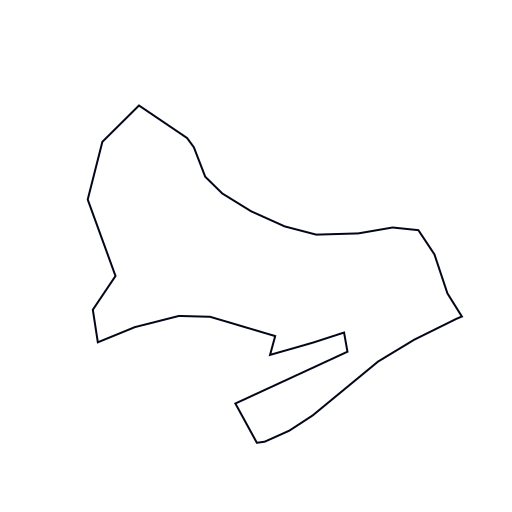 outline of Rucavas, rotated 252°
{"feature_id": "LVA-5718", "entity_name": "Rucavas", "entity_type": "Municipality", "adm_level": 1, "iso_a3": "LVA", "parent_name": "Latvia", "parent_adm1": "", "projection": "orthographic", "projection_center": [21.181, 56.214], "detail": "fine", "context": "isolated", "style": "outline", "palette": "ink", "viewbox_px": 512, "rotation_deg": 252, "n_neighbors": 0, "source": "natural_earth", "source_scale": "10m", "svg_char_len": 604}
<svg xmlns="http://www.w3.org/2000/svg" viewBox="0 0 512 512"><g transform="rotate(252 256 256)"><path d="M435.3,191.2L389.5,226.9L378.6,230.5L347.1,232.2L325.8,243.3L300.0,265.2L275.3,292.4L257.7,319.9L245.9,360.2L240.9,394.7L230.4,418.4L202.4,426.2L161.3,426.5L134.8,433.1L134.8,432.7L134.3,426.9L127.5,380.6L117.9,339.5L86.9,260.7L79.6,233.7L76.7,206.8L78.1,199.1L122.1,190.8L136.7,313.4L156.0,316.1L156.0,284.1L157.6,238.8L173.9,249.5L212.4,193.5L222.8,164.2L225.8,118.9L222.8,78.9L255.3,84.2L280.4,116.2L361.7,113.4L412.1,145.2L435.3,191.2Z" fill="none" stroke="#020617" stroke-width="2"/></g></svg>